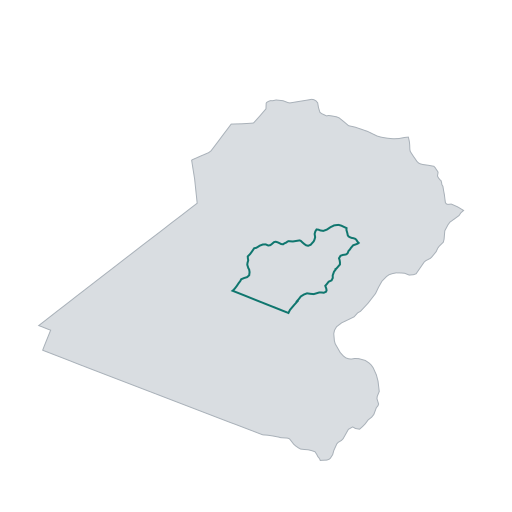 Libya, with Al Jufrah highlighted, rotated 112°
{"feature_id": "LBY-2964", "entity_name": "Al Jufrah", "entity_type": "Municipality", "adm_level": 1, "iso_a3": "LBY", "parent_name": "Libya", "parent_adm1": "", "projection": "natural_earth1", "projection_center": [16.482, 27.933], "detail": "fine", "context": "in_parent", "style": "outline", "palette": "teal", "viewbox_px": 512, "rotation_deg": 112, "n_neighbors": 0, "source": "natural_earth", "source_scale": "10m", "svg_char_len": 4732}
<svg xmlns="http://www.w3.org/2000/svg" viewBox="0 0 512 512"><g transform="rotate(112 256 256)"><path d="M93.1,156.3L95.7,155.0L99.3,153.4L101.1,152.3L101.9,151.3L104.7,147.3L106.1,145.1L108.1,142.1L108.9,140.0L109.0,138.1L108.7,135.7L107.3,130.1L106.2,124.7L107.2,122.6L108.0,121.6L109.7,119.0L110.3,118.5L113.9,117.7L115.3,116.0L116.5,113.8L116.8,112.7L118.3,111.5L120.2,110.4L121.4,108.8L125.2,106.5L128.6,104.3L132.6,102.1L135.7,100.3L136.4,98.8L136.3,97.5L134.7,94.4L134.8,90.9L134.9,87.9L135.1,86.2L135.9,81.3L136.0,80.6L139.1,82.2L142.4,82.9L152.0,88.9L155.1,89.7L161.9,90.4L170.0,87.9L173.0,87.5L178.3,89.8L180.6,90.4L184.5,90.6L191.2,92.7L192.9,93.5L196.7,96.8L198.6,97.8L212.5,100.9L214.3,102.9L216.3,106.8L216.3,111.7L217.4,115.2L219.1,119.7L221.2,122.9L223.5,125.6L226.1,127.3L232.2,129.8L239.1,130.7L246.0,131.1L258.0,134.5L268.1,138.4L270.6,140.4L275.7,142.3L285.8,151.5L291.4,154.8L295.4,155.4L298.9,154.8L305.2,151.6L307.7,149.7L314.0,141.7L316.0,137.5L316.8,134.5L316.6,131.5L315.8,128.9L314.0,126.0L312.7,122.3L311.9,115.6L312.9,110.9L314.0,108.2L315.9,105.3L321.1,99.9L326.3,96.0L335.4,91.0L340.8,91.0L343.0,90.4L347.3,86.9L349.1,86.8L351.6,87.6L358.8,87.4L362.1,88.4L365.9,90.6L370.8,91.9L374.2,93.3L377.8,95.1L378.7,99.4L378.4,100.7L378.3,102.4L382.1,105.4L392.8,106.8L395.0,107.7L398.0,110.0L399.9,110.7L407.2,111.0L411.5,110.5L415.6,111.3L417.1,112.1L418.7,113.9L420.7,118.3L421.5,119.8L420.7,120.5L419.6,122.0L418.9,123.4L417.0,125.6L415.4,128.0L415.6,131.5L416.1,135.0L417.2,138.4L418.3,142.3L418.0,144.8L417.3,147.9L416.4,150.5L413.3,155.8L412.9,157.0L413.1,158.8L415.2,165.1L415.4,167.1L416.6,173.2L417.8,178.2L419.1,182.1L419.3,183.2L419.4,188.9L419.5,194.7L419.6,200.5L419.7,206.2L419.8,212.0L420.0,217.7L420.1,223.5L420.2,229.3L420.3,235.0L420.4,240.8L420.5,246.5L420.6,252.3L420.7,258.1L420.8,263.8L420.9,269.6L421.0,275.3L421.1,281.1L421.2,286.9L421.3,292.6L421.4,298.4L421.5,304.1L421.6,309.9L421.7,315.6L421.8,321.4L421.9,327.1L422.0,332.9L422.1,338.6L422.2,344.4L422.3,350.2L422.4,355.9L422.5,361.7L422.6,367.4L422.8,380.2L422.9,392.9L423.1,405.7L423.3,418.4L423.2,418.5L417.7,418.6L412.4,418.6L407.0,418.6L401.7,418.6L401.8,421.8L401.8,425.0L401.8,428.2L401.9,431.4L391.4,425.3L381.0,419.3L370.6,413.2L360.2,407.2L349.8,401.1L339.5,395.1L329.1,389.0L318.7,382.9L308.4,376.9L298.0,370.8L287.7,364.8L277.4,358.7L267.1,352.6L256.7,346.6L246.5,340.5L236.2,334.5L229.1,330.3L221.4,334.4L215.4,337.6L207.5,341.8L198.4,347.3L191.4,351.5L191.1,351.4L190.8,351.3L183.5,344.2L177.9,338.6L175.4,337.1L164.7,334.2L154.1,331.4L143.0,328.4L141.0,323.9L138.8,318.8L135.8,312.5L133.9,308.6L133.3,308.0L124.8,304.9L115.8,301.9L110.5,303.8L109.6,303.6L108.1,302.5L106.6,300.9L105.8,298.7L103.8,295.8L101.9,289.1L101.8,283.8L101.4,281.9L96.8,274.4L92.7,267.6L89.9,263.1L89.4,261.0L89.7,258.5L90.9,256.2L95.1,253.6L98.8,250.6L99.4,248.6L99.7,243.1L98.5,241.3L97.7,238.0L96.8,233.5L96.8,230.7L98.5,225.0L100.5,219.0L99.4,212.4L98.7,199.1L99.4,188.7L99.0,184.9L98.7,183.3L97.6,178.4L96.1,173.3L95.4,171.5L93.5,167.4L90.3,162.4L88.7,159.3L91.1,157.6L93.1,156.3Z" fill="#d9dde1" stroke="#a8b0b8" stroke-width="1"/><path d="M196.2,182.5L198.0,181.9L200.7,179.8L202.4,178.7L203.2,177.5L203.4,176.1L203.4,174.1L203.0,172.3L202.9,170.3L203.5,168.9L204.8,167.1L205.4,165.7L206.4,166.3L208.0,168.0L209.6,169.9L212.8,171.0L214.8,171.4L216.6,172.1L219.1,172.1L220.5,172.8L221.1,173.5L222.5,175.9L224.1,177.7L227.0,178.2L228.4,177.0L230.4,175.8L232.4,175.0L235.4,176.0L237.4,176.7L238.4,177.4L238.8,177.1L241.3,177.8L245.3,177.6L247.6,176.6L250.3,176.8L252.6,179.0L255.7,179.9L257.7,180.6L259.8,178.7L261.4,177.7L262.9,177.7L264.7,179.4L265.2,181.3L266.1,183.7L267.9,185.9L269.7,188.2L270.6,191.1L271.5,194.7L273.7,197.1L276.7,199.3L280.0,200.2L282.5,201.1L282.5,200.6L287.1,202.3L293.2,204.3L296.7,204.6L296.9,238.8L296.9,251.8L297.0,264.7L296.1,264.2L293.9,263.4L291.0,262.6L287.6,261.9L285.2,261.2L283.1,261.0L280.9,258.8L278.9,256.3L276.4,255.1L273.4,255.9L271.1,257.3L270.1,258.6L267.4,260.8L265.6,261.3L262.9,261.6L261.3,262.6L259.5,263.5L256.4,262.2L252.8,261.3L249.5,260.6L248.3,258.8L246.6,257.5L245.0,256.4L242.7,253.9L241.6,251.3L241.7,248.6L240.6,246.8L239.3,246.0L237.4,245.0L236.4,244.5L235.4,243.1L235.2,241.0L235.3,239.1L235.5,237.2L235.0,235.3L233.6,234.4L232.2,233.0L230.8,232.2L230.0,231.3L229.4,229.3L228.7,227.2L226.7,223.9L225.2,221.4L225.2,220.7L225.2,220.1L226.0,218.1L226.8,215.7L227.3,213.6L227.0,211.5L225.1,209.5L223.6,209.0L220.9,208.0L219.1,207.9L216.4,208.2L213.6,209.9L211.0,210.2L208.7,209.8L208.2,207.9L208.2,205.9L207.5,203.0L205.0,200.2L201.2,197.6L199.7,196.2L198.4,195.1L197.2,193.0L196.2,191.0L195.9,188.2L196.1,185.0L196.2,182.5Z" fill="none" stroke="#0f766e" stroke-width="2"/></g></svg>